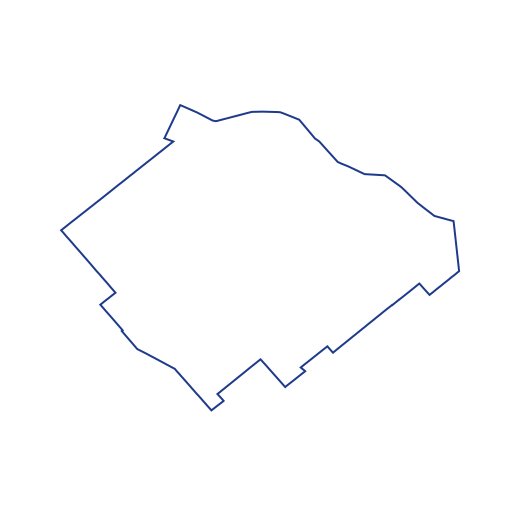 San Martín, Santa Fe, Argentina, rotated 128°
{"feature_id": "61730980B15935899611470", "entity_name": "San Martín", "entity_type": "district", "adm_level": 2, "iso_a3": "ARG", "parent_name": "Argentina", "parent_adm1": "Santa Fe", "projection": "equal_earth", "projection_center": [-61.712, -32.002], "detail": "fine", "context": "isolated", "style": "outline", "palette": "blue", "viewbox_px": 512, "rotation_deg": 128, "n_neighbors": 0, "source": "geoboundaries", "source_scale": "gbopen_adm2", "svg_char_len": 3327}
<svg xmlns="http://www.w3.org/2000/svg" viewBox="0 0 512 512"><g transform="rotate(128 256 256)"><path d="M126.7,283.7L126.2,286.0L124.8,292.6L122.0,305.9L126.9,322.7L127.6,324.9L128.7,326.8L130.9,329.8L138.2,339.7L144.9,347.9L147.8,350.2L171.6,368.4L173.8,370.0L174.7,371.0L175.3,372.2L176.0,373.7L179.2,390.9L183.6,408.1L183.8,408.6L192.1,406.7L198.2,405.4L203.1,404.3L207.2,403.4L216.3,401.4L219.3,400.7L219.6,400.7L217.1,392.9L216.7,391.7L227.6,394.3L228.9,394.6L233.8,395.8L253.2,400.5L253.5,400.6L262.6,402.8L266.1,403.6L271.3,404.9L273.1,405.3L274.2,405.6L276.9,406.2L277.4,406.3L277.9,406.5L280.6,407.1L283.6,407.9L303.0,412.5L338.9,421.3L343.2,422.4L355.7,425.4L356.0,424.0L356.1,423.0L356.3,421.9L356.9,419.2L357.4,416.7L357.9,413.8L359.1,407.5L359.5,405.8L359.6,404.9L359.8,404.2L360.6,399.8L361.9,393.0L362.4,390.7L362.6,389.4L362.9,387.9L363.5,384.8L365.9,373.1L367.2,365.6L367.3,365.6L368.0,361.8L368.1,361.3L368.5,359.1L369.0,356.5L369.4,354.4L369.6,353.6L369.8,352.6L369.9,352.2L370.0,351.9L371.0,346.4L371.2,345.7L371.5,344.1L376.6,345.4L380.0,346.2L382.7,346.9L386.4,347.8L389.1,348.4L390.2,348.7L390.6,346.5L391.8,340.5L393.2,333.0L393.8,329.9L394.1,328.4L395.3,322.2L396.7,315.2L396.9,315.2L397.8,315.5L399.8,305.5L400.5,301.9L401.9,294.9L402.2,293.6L402.3,292.6L402.4,292.1L400.4,282.0L399.5,276.7L399.1,274.7L395.7,254.9L395.2,252.1L395.0,251.1L394.9,250.6L395.6,247.3L396.4,242.5L396.5,242.3L397.1,239.0L397.1,238.9L398.4,231.9L399.1,228.1L399.6,225.7L399.9,224.0L401.2,217.2L401.3,216.5L401.5,215.1L402.0,212.6L402.1,211.8L402.4,210.4L403.9,202.5L404.9,197.1L405.1,196.1L398.3,194.4L390.3,192.3L390.1,192.3L389.5,195.3L388.5,201.4L385.2,200.6L383.7,200.3L381.6,199.8L375.6,198.4L368.4,196.7L367.5,196.5L360.5,194.9L354.6,193.5L352.3,193.0L343.6,191.0L342.8,190.8L341.8,190.5L341.5,190.5L340.9,190.3L337.7,189.6L337.4,189.5L335.5,189.0L334.8,188.9L334.6,188.8L334.8,188.0L334.9,187.0L335.0,186.8L335.9,181.4L336.9,176.2L337.0,175.6L341.1,153.3L341.3,152.3L340.6,152.2L334.0,150.6L333.8,150.5L320.9,147.4L319.2,147.0L319.1,146.9L317.4,146.5L316.5,146.3L316.4,147.0L316.4,148.6L316.4,149.8L316.3,152.1L312.3,151.2L307.5,150.0L301.3,148.5L301.2,148.5L296.7,147.4L295.6,147.1L295.3,147.1L292.2,146.3L289.2,145.6L284.0,144.3L283.5,144.2L283.2,144.1L283.7,141.8L284.3,138.6L284.6,136.9L284.8,135.8L280.2,134.8L276.7,134.0L272.8,133.1L270.3,132.5L269.0,132.2L263.4,130.9L259.8,130.1L256.7,129.3L253.9,128.7L253.4,128.6L252.0,128.2L251.3,128.1L251.2,128.1L248.9,127.5L248.6,127.5L248.2,127.4L245.0,126.6L242.2,126.0L237.9,125.0L233.8,124.0L232.9,123.8L232.7,123.8L229.7,123.1L226.4,122.3L222.4,121.4L218.2,120.4L213.3,119.2L213.0,119.1L212.9,119.1L210.7,118.6L210.7,118.3L207.5,117.6L202.8,116.5L202.7,116.5L202.7,116.4L188.3,112.9L188.2,112.9L177.3,110.4L177.1,110.3L178.0,105.6L178.5,102.8L179.0,99.9L179.6,96.4L179.8,95.3L175.3,94.2L174.8,94.1L171.6,93.4L168.7,92.7L165.5,91.9L161.8,91.1L161.6,91.0L156.6,89.8L155.2,89.5L153.3,89.1L151.6,88.7L149.9,88.2L147.8,87.7L146.8,87.5L142.9,86.6L142.1,87.4L109.1,119.6L106.9,121.8L108.9,126.5L114.6,140.1L114.7,152.9L114.7,161.3L112.3,183.2L112.3,186.0L113.0,203.7L113.4,204.6L124.6,220.8L125.8,226.0L128.6,238.5L130.7,245.8L131.6,249.5L127.9,270.5L126.8,276.7L126.9,277.9L126.9,278.5L127.1,282.0L126.7,283.7Z" fill="none" stroke="#1e3a8a" stroke-width="2"/></g></svg>